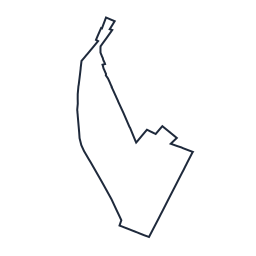 Allende, Coahuila, Mexico, rotated 293°
{"feature_id": "50627088B35407667926695", "entity_name": "Allende", "entity_type": "district", "adm_level": 2, "iso_a3": "MEX", "parent_name": "Mexico", "parent_adm1": "Coahuila", "projection": "robinson", "projection_center": [-100.857, 28.286], "detail": "fine", "context": "isolated", "style": "outline", "palette": "slate", "viewbox_px": 256, "rotation_deg": 293, "n_neighbors": 0, "source": "geoboundaries", "source_scale": "gbopen_adm2", "svg_char_len": 1745}
<svg xmlns="http://www.w3.org/2000/svg" viewBox="0 0 256 256"><g transform="rotate(293 128 128)"><path d="M221.1,64.6L211.4,65.0L209.5,65.1L209.5,64.2L201.2,64.1L196.6,64.1L196.3,66.5L191.9,65.2L186.2,63.5L185.6,63.3L179.9,61.6L179.1,61.3L178.8,61.2L176.0,60.4L173.2,59.5L171.6,59.0L164.7,61.0L164.2,61.2L158.1,63.0L151.8,64.8L148.3,65.8L147.2,66.0L140.1,68.3L139.5,68.5L135.4,70.2L133.4,71.1L130.7,72.3L125.3,74.0L124.2,74.5L123.2,75.1L122.3,75.5L121.6,75.9L120.7,76.4L119.7,76.9L105.0,84.7L99.7,87.4L94.0,91.7L89.6,96.5L83.8,104.3L81.8,107.1L69.8,122.9L66.1,127.7L56.0,140.6L48.0,149.5L44.2,153.8L40.5,157.9L34.9,158.3L35.4,175.8L35.6,184.6L35.9,189.9L56.0,191.5L61.8,191.9L65.5,192.2L78.5,193.1L85.3,193.6L90.7,194.0L96.1,194.4L100.5,194.7L108.5,195.3L110.5,195.5L115.8,195.8L116.6,195.9L118.7,196.0L124.2,196.4L130.9,196.9L131.3,197.0L130.9,186.4L131.0,184.8L130.6,180.5L130.2,173.5L137.9,176.8L138.7,174.1L143.1,158.9L139.4,157.7L133.3,155.8L133.4,153.4L133.8,146.1L126.3,143.8L124.6,143.3L123.6,143.0L123.0,142.8L122.6,142.7L122.1,142.5L121.3,142.3L120.6,142.1L118.4,141.4L117.8,141.2L119.2,139.7L129.0,129.8L129.6,128.9L140.1,117.9L148.6,108.5L148.9,108.3L150.0,107.1L150.9,106.1L152.1,104.8L152.9,104.0L153.2,103.6L154.6,102.1L157.8,98.6L159.2,97.0L159.4,97.1L159.7,96.8L161.3,95.0L161.5,94.8L162.9,93.4L165.8,90.2L167.8,87.0L169.1,86.7L170.5,85.2L172.4,83.2L172.9,82.6L173.3,82.2L173.8,81.8L175.0,80.9L175.6,80.4L176.3,79.8L177.9,81.9L178.7,81.2L179.3,80.5L180.1,79.7L180.2,79.4L180.4,79.3L180.5,79.2L181.0,78.6L182.6,77.4L183.9,75.9L184.9,75.0L185.2,74.6L186.7,73.2L191.1,71.3L191.5,71.2L192.5,70.8L192.8,70.9L196.0,71.6L201.5,72.9L212.0,75.2L211.8,72.6L221.1,74.0L221.1,64.6Z" fill="none" stroke="#1e293b" stroke-width="2"/></g></svg>